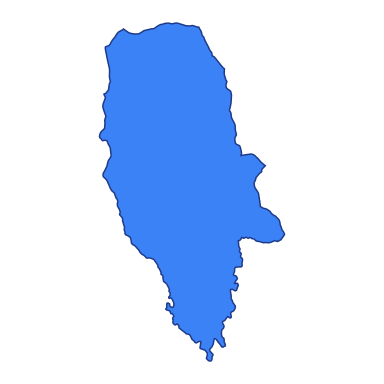 Getana, Chhukha, Bhutan
{"feature_id": "84629894B69371212515319", "entity_name": "Getana", "entity_type": "district", "adm_level": 2, "iso_a3": "BTN", "parent_name": "Bhutan", "parent_adm1": "Chhukha", "projection": "robinson", "projection_center": [89.744, 26.919], "detail": "fine", "context": "isolated", "style": "filled", "palette": "blue", "viewbox_px": 384, "rotation_deg": 0, "n_neighbors": 0, "source": "geoboundaries", "source_scale": "gbopen_adm2", "svg_char_len": 6048}
<svg xmlns="http://www.w3.org/2000/svg" viewBox="0 0 384 384"><path d="M206.4,358.6L207.2,359.3L208.3,360.5L209.3,361.0L210.9,360.9L211.4,360.6L211.7,360.0L212.0,359.0L212.1,356.7L212.3,356.3L212.9,355.4L213.0,354.9L212.9,354.3L210.3,351.5L209.8,350.6L209.6,350.1L209.7,349.5L210.0,349.0L211.8,347.0L213.3,344.0L214.0,339.6L214.2,339.1L214.6,338.7L215.1,338.6L215.6,338.9L216.4,339.6L218.3,342.3L220.4,344.7L221.5,346.7L222.0,347.0L223.0,347.1L225.4,345.8L225.1,343.8L224.2,341.9L224.1,339.5L223.9,338.4L223.5,338.0L223.0,337.8L221.9,336.4L221.6,335.3L221.4,332.7L221.7,330.3L222.0,329.7L223.6,328.0L224.0,326.8L223.9,325.5L223.0,324.0L222.7,323.2L222.4,322.2L222.5,321.8L222.9,321.4L224.3,320.8L224.9,320.3L227.6,316.6L228.0,316.7L229.5,317.7L230.1,318.0L230.9,317.7L231.2,317.3L231.2,316.8L231.1,315.6L230.8,314.0L230.7,313.0L230.9,312.5L231.5,311.9L232.4,311.6L233.4,311.0L234.1,310.3L234.8,309.0L235.4,307.3L235.2,305.8L232.8,302.5L232.3,300.7L231.1,298.5L231.0,298.0L231.3,296.5L230.6,292.3L230.4,290.2L230.7,289.4L232.2,289.3L233.0,289.6L235.0,290.8L235.7,290.8L236.4,290.4L236.8,289.6L237.2,288.0L238.1,286.0L238.3,284.9L237.7,283.6L237.4,283.3L237.0,283.2L235.0,283.6L234.5,283.3L234.7,282.7L235.9,280.7L237.0,279.4L237.3,278.4L237.0,277.4L236.4,276.4L235.6,275.7L234.4,275.6L233.7,275.2L233.5,274.8L233.7,273.4L234.5,271.9L234.6,270.7L234.6,268.9L235.1,267.7L235.8,267.3L238.2,266.9L241.1,266.9L241.7,266.5L242.2,265.5L242.0,263.9L242.1,262.2L242.5,260.6L242.5,259.0L242.3,258.5L241.7,258.1L240.5,256.8L240.6,256.3L241.2,253.9L240.9,253.1L239.9,252.2L239.6,251.7L239.6,250.3L240.0,249.3L240.0,248.8L238.9,246.6L238.8,245.9L238.5,243.5L238.5,242.0L238.3,241.4L238.3,240.7L239.7,240.4L240.4,239.8L241.0,239.1L241.6,237.5L242.0,237.4L242.7,237.6L243.2,238.2L244.4,238.1L245.3,237.4L246.5,237.4L248.2,238.3L249.7,237.6L250.5,237.5L251.9,238.6L254.2,239.0L255.6,240.6L257.0,241.2L260.2,241.7L263.6,242.8L265.2,242.5L268.5,242.8L270.3,242.5L274.7,240.7L277.7,241.5L281.0,239.7L284.5,234.6L284.3,233.5L283.6,232.0L282.9,230.9L282.2,230.3L281.2,227.2L280.1,224.4L280.0,222.9L279.4,220.7L278.9,219.8L278.3,219.0L276.3,217.1L275.8,216.3L273.7,215.2L271.9,213.9L270.5,212.2L270.2,211.5L269.4,210.9L267.0,209.3L264.9,208.5L264.0,208.5L262.9,208.0L261.4,207.2L260.2,206.2L260.2,204.1L259.8,202.8L259.7,200.4L259.3,199.3L259.2,197.3L258.8,196.2L258.8,195.1L258.5,193.6L258.2,192.7L254.9,187.6L254.3,185.3L254.1,182.9L255.6,179.6L256.0,177.6L259.6,173.3L261.3,172.1L261.7,171.5L261.6,170.1L262.2,168.9L265.3,165.7L264.4,165.1L263.7,164.4L261.1,162.3L258.0,158.6L254.1,155.0L253.2,154.6L251.7,154.1L250.3,154.1L241.0,155.5L241.5,153.7L241.5,152.6L240.6,148.4L240.2,147.1L239.5,145.6L237.2,144.7L235.5,143.5L234.9,140.3L234.8,138.7L235.4,136.7L236.4,134.9L236.3,133.8L235.4,130.6L235.1,125.3L234.7,124.0L231.9,118.5L231.3,116.8L231.0,113.5L230.6,112.3L229.4,110.4L230.2,107.2L230.9,103.8L231.1,101.9L231.5,95.3L230.9,92.1L230.5,91.1L227.7,89.1L226.5,88.0L226.1,86.7L225.9,85.7L226.1,84.3L226.9,81.4L226.0,80.3L224.5,75.4L224.2,73.5L224.4,68.7L223.1,67.8L220.4,64.6L218.2,61.7L217.0,60.4L215.9,58.8L214.2,56.8L212.3,55.9L211.6,52.4L210.4,51.1L209.3,49.2L208.8,47.8L205.1,40.7L203.5,36.7L202.2,35.5L201.4,32.2L200.7,30.4L199.5,28.8L198.8,27.1L197.0,27.0L193.2,25.7L192.2,25.5L189.8,26.0L186.2,25.8L178.1,23.3L176.1,23.0L171.5,23.9L169.3,23.2L166.4,23.2L164.9,23.4L162.2,24.3L160.6,24.5L158.8,25.4L157.2,26.3L154.3,28.5L151.2,28.9L144.0,30.6L140.7,32.8L138.6,33.9L135.0,34.0L131.7,33.6L128.9,32.8L123.4,29.0L123.1,29.5L119.0,31.7L118.0,32.5L116.7,34.1L115.0,37.0L112.4,40.1L109.7,44.8L108.7,45.7L106.0,46.6L105.5,46.9L105.3,47.4L105.4,49.4L107.7,61.0L109.4,68.3L109.6,71.0L109.4,76.5L109.7,78.6L110.4,81.8L109.6,83.1L109.2,84.6L108.5,89.9L105.7,93.4L104.0,94.0L104.0,94.6L105.3,97.1L105.3,98.1L103.2,103.7L102.8,105.9L103.1,108.1L104.5,112.4L105.9,116.1L104.7,120.3L105.0,123.4L104.6,127.9L104.0,129.1L101.3,131.5L100.2,133.3L99.7,135.2L99.5,136.7L99.9,137.8L101.3,139.0L101.7,139.8L102.4,140.5L102.8,140.7L104.3,140.3L106.0,140.4L107.1,140.9L108.2,144.0L109.9,146.9L110.3,148.4L111.1,155.0L111.1,156.1L109.7,158.7L108.4,160.4L107.6,163.1L106.9,166.3L104.2,171.7L103.2,173.3L103.0,175.3L103.4,176.8L105.8,179.0L107.1,180.8L110.6,188.9L112.1,191.1L114.3,192.9L116.0,197.9L117.3,199.6L117.8,201.2L117.4,203.1L117.3,204.9L117.6,206.3L119.4,209.5L120.1,211.6L120.1,213.1L119.6,214.1L119.6,214.7L122.2,217.7L122.6,218.8L122.6,220.9L122.9,221.9L123.3,223.1L123.4,223.9L124.5,226.9L124.5,227.9L124.2,228.9L124.3,230.2L125.2,232.4L124.9,233.5L125.1,234.0L125.8,234.8L128.1,235.9L129.9,237.1L130.3,237.5L130.9,239.2L131.5,243.2L131.7,243.6L133.2,244.9L135.0,245.8L139.1,250.5L140.0,252.3L141.7,254.1L143.8,255.3L145.0,256.3L146.2,257.8L146.7,258.1L149.3,257.9L150.3,258.0L154.0,259.5L154.7,260.8L156.0,262.3L156.4,263.2L157.6,264.8L157.9,265.8L158.1,267.3L158.3,267.7L159.1,268.3L161.0,272.2L161.1,272.8L160.9,273.9L161.1,274.4L162.7,275.5L163.0,275.9L162.9,277.9L163.6,281.4L163.9,281.8L165.6,282.9L166.9,284.3L168.9,288.2L169.4,289.7L168.9,290.7L169.0,291.1L170.0,293.0L170.3,294.1L169.8,295.9L168.9,296.7L168.8,297.2L168.8,297.9L169.2,298.4L170.3,297.8L170.9,297.9L172.5,299.8L173.8,302.9L173.9,303.5L173.8,305.5L173.5,306.3L172.9,307.3L172.6,307.5L170.6,306.8L170.1,306.4L169.8,305.9L169.6,304.1L169.4,303.7L168.0,303.0L167.5,303.0L166.9,303.4L166.8,304.0L166.7,307.8L166.0,308.6L165.8,309.0L166.1,309.6L166.8,310.0L169.1,310.6L169.7,311.0L170.4,312.0L170.4,312.7L170.8,313.5L171.2,313.7L172.3,313.7L172.8,314.2L173.7,315.8L173.8,316.2L172.7,318.0L172.9,319.6L173.2,319.9L173.2,320.3L172.8,321.9L173.2,323.4L174.2,324.4L174.9,324.9L175.3,324.9L175.9,324.7L176.9,323.9L177.3,324.1L178.8,325.6L179.1,328.0L184.5,332.2L186.4,333.9L188.6,334.2L189.4,334.7L190.3,335.7L192.0,339.4L192.6,339.6L193.0,340.2L194.2,341.1L194.8,342.3L195.5,342.7L196.4,342.9L199.2,341.4L200.3,341.4L200.8,341.7L201.0,342.1L200.6,343.5L200.2,346.8L199.9,347.8L200.5,348.6L204.0,349.8L205.4,350.6L207.2,353.0L207.3,355.1L206.4,358.6Z" fill="#3b82f6" stroke="#1e3a8a" stroke-width="1.5"/></svg>